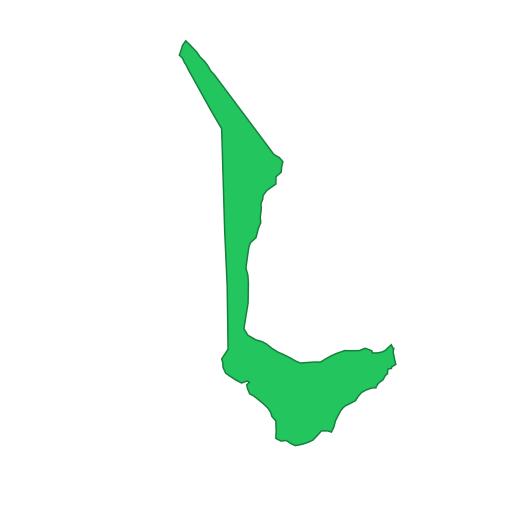 the district of Androlikou, Paphos, Cyprus, rotated 33°
{"feature_id": "46923920B67350241832672", "entity_name": "Androlikou", "entity_type": "district", "adm_level": 2, "iso_a3": "CYP", "parent_name": "Cyprus", "parent_adm1": "Paphos", "projection": "equal_earth", "projection_center": [32.356, 35.027], "detail": "fine", "context": "isolated", "style": "filled", "palette": "green", "viewbox_px": 512, "rotation_deg": 33, "n_neighbors": 0, "source": "geoboundaries", "source_scale": "gbopen_adm2", "svg_char_len": 1887}
<svg xmlns="http://www.w3.org/2000/svg" viewBox="0 0 512 512"><g transform="rotate(33 256 256)"><path d="M417.8,256.7L415.9,264.6L414.2,267.6L410.8,271.0L406.7,273.8L404.6,272.4L397.8,273.9L394.1,279.1L387.6,283.5L381.9,287.0L376.7,293.7L373.5,298.6L370.5,304.3L367.9,309.8L363.2,312.8L355.4,318.6L351.6,321.6L346.4,322.5L341.8,322.7L333.8,323.5L326.2,324.7L319.8,324.8L312.6,324.1L307.7,324.5L301.4,326.4L292.3,326.9L285.5,323.6L282.9,317.8L275.0,299.8L264.5,283.0L259.7,276.6L254.1,271.6L250.3,263.5L246.9,256.3L244.9,251.6L244.1,247.7L246.0,240.6L243.0,231.7L241.8,225.4L238.2,220.8L236.1,216.2L234.4,213.1L231.6,209.3L230.7,204.7L229.0,201.5L229.4,195.0L233.5,184.8L229.6,178.7L231.5,172.0L228.9,167.1L227.1,162.2L222.1,160.8L215.7,161.1L186.8,150.4L127.0,128.4L122.7,126.8L117.1,125.4L112.1,122.7L107.0,120.8L100.5,119.5L95.5,117.3L85.9,115.0L79.8,113.8L79.7,119.4L81.4,125.3L82.3,129.1L82.3,129.3L86.7,130.2L90.6,132.7L93.8,134.1L97.3,136.3L139.2,158.6L157.9,168.0L211.9,246.0L215.2,250.8L248.2,296.9L283.3,349.3L283.3,361.1L286.3,363.6L289.1,367.5L294.5,370.8L299.2,371.0L306.9,371.0L313.1,370.4L316.8,365.6L319.2,365.5L318.4,369.1L321.3,372.0L325.9,375.1L329.8,374.6L335.5,375.1L341.9,375.8L348.5,377.0L353.1,378.9L356.7,381.9L362.5,383.5L365.1,387.3L367.6,390.8L372.0,398.2L375.6,397.8L377.8,397.6L381.7,394.3L388.1,394.3L392.2,393.6L394.9,391.1L397.9,388.1L401.1,384.0L404.0,379.5L405.1,373.7L406.1,367.1L411.4,363.6L415.2,362.6L414.4,356.9L412.4,351.0L411.9,346.6L411.3,339.8L411.6,336.3L412.5,333.1L414.9,329.1L418.2,323.2L418.2,317.7L418.8,313.2L421.0,308.9L422.7,306.6L424.9,303.7L428.4,301.2L428.0,300.6L427.9,296.3L429.9,290.7L429.6,285.8L430.4,283.0L429.6,281.9L428.3,279.0L430.8,276.5L430.2,274.8L431.4,272.7L432.3,270.8L428.6,267.3L426.4,265.0L424.1,262.8L422.8,260.8L421.9,258.5L421.4,258.9L417.8,256.7Z" fill="#22c55e" stroke="#15803d" stroke-width="1.5"/></g></svg>